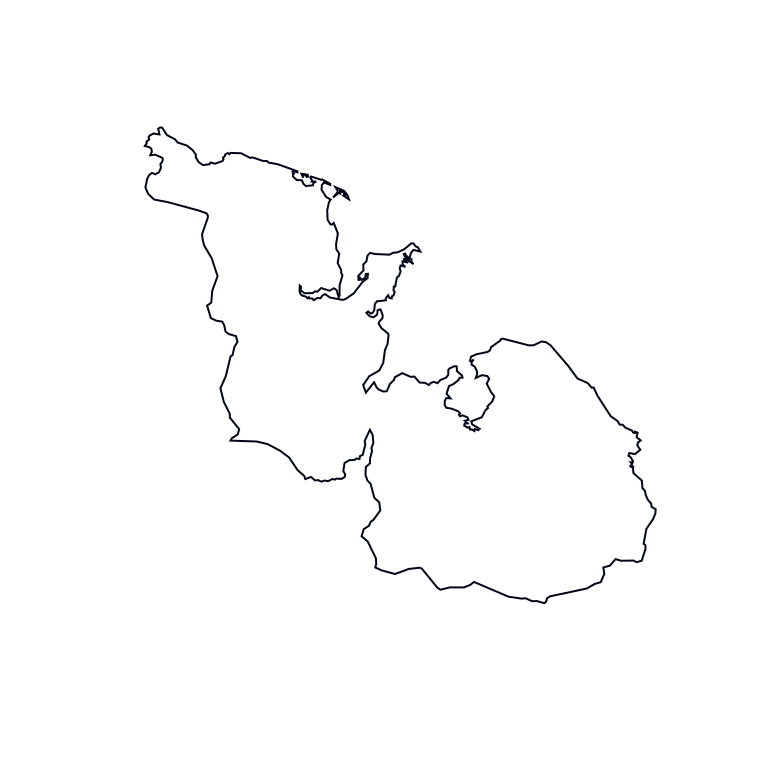 the district of Mossuril, Nampula, Mozambique, rotated 287°
{"feature_id": "85939544B64339198961844", "entity_name": "Mossuril", "entity_type": "district", "adm_level": 2, "iso_a3": "MOZ", "parent_name": "Mozambique", "parent_adm1": "Nampula", "projection": "mercator", "projection_center": [40.59, -15.021], "detail": "fine", "context": "isolated", "style": "outline", "palette": "ink", "viewbox_px": 768, "rotation_deg": 287, "n_neighbors": 0, "source": "geoboundaries", "source_scale": "gbopen_adm2", "svg_char_len": 6149}
<svg xmlns="http://www.w3.org/2000/svg" viewBox="0 0 768 768"><g transform="rotate(287 384 384)"><path d="M433.4,373.2L436.6,365.4L440.0,361.3L442.3,361.3L446.6,363.3L449.5,362.6L454.3,358.9L452.8,356.3L448.3,357.2L444.7,354.4L444.6,350.5L446.9,346.3L448.7,347.6L447.5,350.8L448.8,352.3L451.7,353.1L457.9,351.9L461.0,353.1L464.6,361.3L466.4,360.6L470.1,362.0L467.8,364.0L468.1,366.4L470.0,365.8L471.6,367.3L475.3,367.2L476.2,365.8L480.0,364.9L480.6,366.2L489.5,365.2L491.9,366.7L496.4,367.0L499.2,365.2L502.1,365.2L502.3,370.2L503.8,366.8L506.7,365.9L506.9,368.2L508.3,367.3L506.7,371.5L509.9,367.3L510.9,368.1L510.1,369.3L511.0,369.1L512.5,366.1L514.0,365.0L515.4,366.7L514.0,366.1L512.5,369.5L509.0,371.9L507.2,377.1L509.3,374.4L511.5,373.7L511.5,371.5L517.3,371.5L520.8,372.9L521.3,380.0L524.6,376.4L524.9,373.9L527.0,371.3L526.5,369.0L519.0,364.1L514.1,358.8L511.9,354.0L509.3,351.5L505.6,337.1L505.4,332.5L502.2,330.7L496.1,331.3L492.2,329.2L486.6,331.2L479.9,327.8L476.2,329.1L476.4,330.2L478.4,330.2L477.1,332.2L478.9,333.8L478.8,335.2L483.9,334.4L484.7,336.4L480.3,337.3L475.2,333.6L461.7,328.5L453.9,322.3L452.3,319.7L450.9,306.9L452.8,301.4L450.6,299.2L447.4,298.2L446.7,295.0L443.6,292.3L444.8,290.3L444.0,287.2L445.0,286.7L443.6,285.8L444.7,284.1L444.7,279.6L445.6,277.8L448.0,276.1L453.5,274.6L452.8,276.2L449.4,276.8L447.5,281.2L450.1,289.3L452.4,290.8L452.8,293.3L457.4,295.9L457.3,304.7L460.9,308.1L460.0,311.2L453.6,315.3L455.8,315.6L465.3,312.7L475.8,312.5L477.9,310.4L480.4,309.8L486.2,304.3L495.5,303.1L499.0,299.0L503.5,297.3L514.4,295.9L523.3,288.9L521.3,287.7L521.1,286.0L524.6,282.0L533.6,278.9L541.8,278.2L544.8,279.1L545.9,274.0L551.5,267.5L556.0,266.4L559.2,267.7L558.6,274.4L559.7,274.1L561.6,265.0L560.9,264.5L561.1,253.6L559.6,253.4L557.7,255.6L556.4,255.6L557.8,260.0L555.7,257.8L553.2,257.9L550.5,251.4L551.7,248.7L554.8,245.9L553.6,241.0L555.8,236.3L558.0,235.5L558.8,236.4L560.2,234.4L561.2,234.8L561.1,239.3L562.1,239.0L563.1,218.2L562.0,208.9L563.0,206.9L561.9,202.8L562.3,192.3L561.1,189.8L562.9,179.9L560.1,169.6L558.6,169.1L559.1,166.9L557.0,165.0L555.5,165.2L553.3,163.8L552.1,164.8L550.0,164.4L545.2,157.9L545.2,153.5L543.1,152.7L540.4,146.9L542.1,141.6L546.0,137.6L548.2,137.2L551.7,132.6L554.4,125.9L554.6,116.0L556.9,112.7L558.6,103.7L564.2,97.0L563.9,95.0L562.1,93.4L557.0,96.3L556.1,90.3L552.9,87.1L551.3,86.7L549.2,88.0L546.4,86.0L544.9,86.7L541.7,85.7L541.9,90.1L540.9,92.8L538.1,94.1L534.4,93.6L536.4,98.2L535.5,105.8L534.6,106.6L531.9,107.0L529.1,105.9L525.3,107.5L520.7,106.9L517.6,104.0L518.1,100.4L515.0,98.3L510.9,97.5L502.1,98.4L496.8,102.9L493.2,110.2L494.7,124.1L495.7,156.0L495.4,164.1L493.9,166.1L491.7,166.9L474.0,166.2L468.4,168.7L463.8,171.6L453.8,182.5L438.5,193.3L423.1,192.5L411.2,195.0L407.3,191.9L396.4,199.1L395.5,205.2L396.4,211.0L393.5,214.0L387.8,217.1L386.4,220.9L386.5,228.5L381.5,231.6L375.7,230.1L367.2,230.7L365.7,229.2L345.0,230.4L332.1,228.8L320.0,236.1L310.6,245.1L306.7,246.5L298.5,258.7L292.9,258.9L287.7,254.3L285.0,253.8L291.8,279.1L292.5,290.3L289.8,304.1L286.0,314.7L276.4,326.5L272.7,334.7L270.1,336.5L273.8,341.4L271.6,346.2L272.8,348.9L272.3,352.7L274.3,355.3L274.7,358.9L278.1,362.5L278.2,365.0L279.6,366.1L280.8,371.1L283.4,373.5L286.1,373.4L288.9,370.5L296.9,369.4L301.0,373.1L302.7,377.9L304.6,379.3L305.1,382.5L308.0,382.1L310.0,384.4L320.9,383.8L323.8,382.2L336.1,383.9L332.0,388.0L324.4,391.1L319.0,390.7L316.7,392.1L308.2,392.5L304.1,393.8L299.3,390.9L291.6,392.9L286.9,396.3L284.7,400.3L272.4,408.0L269.4,414.1L261.9,417.4L251.2,413.7L248.2,411.5L244.0,411.1L239.4,407.1L231.8,407.1L228.6,414.5L215.0,427.2L209.6,429.2L206.0,429.3L205.1,436.1L205.5,450.1L214.4,461.8L218.6,471.5L218.6,474.0L204.8,494.6L203.8,498.1L208.7,506.4L212.9,520.0L217.1,525.2L221.0,527.9L217.0,565.2L219.0,578.4L220.5,582.0L219.6,589.2L221.1,593.5L221.3,601.4L222.7,602.5L227.0,602.7L229.7,605.2L247.7,637.7L254.3,643.9L257.9,649.2L266.8,650.2L272.7,647.4L276.3,653.1L284.2,656.6L284.3,662.4L288.1,674.2L287.5,677.6L290.3,682.1L302.9,682.3L306.4,681.0L307.1,679.0L322.2,677.3L333.5,680.8L339.4,681.4L343.7,680.4L344.8,675.8L347.9,674.3L350.2,670.4L354.0,667.0L358.3,664.6L360.0,661.6L367.0,658.8L371.8,648.5L376.7,646.6L377.0,644.8L377.9,645.7L377.9,643.7L380.1,644.7L381.2,642.7L381.8,644.7L382.8,644.8L386.4,640.8L386.8,638.8L389.7,638.7L390.3,644.5L396.1,648.3L399.2,644.3L402.1,643.9L405.1,646.0L407.0,641.1L411.6,640.8L411.8,638.0L410.6,638.4L410.3,636.7L412.0,634.6L412.8,627.7L414.8,624.1L414.1,621.2L416.8,618.3L419.5,610.2L435.0,591.8L441.9,585.5L441.2,583.6L444.4,578.7L445.9,567.3L455.1,555.0L469.8,531.8L471.3,526.8L470.8,522.4L464.7,515.6L463.3,511.2L462.1,484.2L461.1,482.6L459.8,482.7L450.5,475.6L447.1,475.5L444.8,473.5L439.8,464.2L435.6,459.2L431.2,459.5L431.1,460.9L433.7,462.5L430.3,461.4L428.1,462.2L427.1,465.7L423.4,469.2L420.7,470.2L416.6,470.0L421.1,475.1L421.8,480.5L419.6,483.1L414.4,482.1L407.5,488.8L404.4,493.1L399.1,492.6L392.7,489.4L391.4,490.5L388.6,488.7L380.8,487.2L373.8,478.4L371.1,480.2L369.1,488.6L367.4,487.6L367.4,484.0L365.4,484.2L366.2,481.5L365.6,479.7L367.8,478.3L366.7,477.1L367.6,472.9L369.8,472.7L370.8,475.4L372.5,472.0L374.4,475.3L376.5,473.5L377.0,468.1L375.3,466.4L376.6,464.6L378.3,465.3L379.6,462.8L380.2,456.2L379.5,450.4L381.7,448.2L385.5,447.1L388.7,447.5L389.7,451.8L392.9,446.7L401.0,446.7L404.3,450.5L410.0,454.3L412.1,454.5L413.0,457.2L415.0,456.1L417.6,450.1L422.1,448.3L421.5,445.9L417.8,441.9L416.0,441.4L411.6,442.8L408.3,441.6L404.2,436.7L400.4,434.9L400.6,431.1L398.9,428.6L396.1,427.2L397.1,423.1L395.8,417.6L400.0,410.9L398.6,407.5L399.7,398.3L393.7,392.4L390.9,392.4L385.9,389.7L377.9,388.8L376.6,385.4L377.1,381.0L378.3,378.2L382.8,374.0L370.4,369.2L376.9,364.4L387.1,367.6L395.5,375.5L403.9,377.1L416.7,375.0L423.1,375.7L431.7,374.2L433.4,373.2ZM557.1,289.3L558.1,279.9L555.2,283.2L553.8,283.5L547.5,280.7L553.5,284.9L553.3,286.5L555.6,285.5L555.3,289.2L552.9,292.6L553.3,290.4L552.3,290.0L550.3,296.5L553.9,293.9L557.1,289.3ZM561.8,249.8L560.9,243.6L557.8,246.4L560.7,245.4L561.0,249.6L560.3,250.1L560.3,248.4L559.4,249.5L560.4,250.9L561.8,249.8Z" fill="none" stroke="#020617" stroke-width="2"/></g></svg>